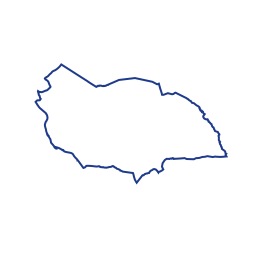 Shai Osudoku, Eastern, Ghana, rotated 216°
{"feature_id": "2480657B66464396810782", "entity_name": "Shai Osudoku", "entity_type": "district", "adm_level": 2, "iso_a3": "GHA", "parent_name": "Ghana", "parent_adm1": "Eastern", "projection": "mercator", "projection_center": [0.159, 5.966], "detail": "fine", "context": "isolated", "style": "outline", "palette": "blue", "viewbox_px": 256, "rotation_deg": 216, "n_neighbors": 0, "source": "geoboundaries", "source_scale": "gbopen_adm2", "svg_char_len": 5436}
<svg xmlns="http://www.w3.org/2000/svg" viewBox="0 0 256 256"><g transform="rotate(216 128 128)"><path d="M220.0,134.5L220.8,132.1L221.1,131.5L221.4,131.2L221.5,130.9L221.7,130.6L222.0,130.0L222.1,129.7L222.3,129.3L222.4,128.7L222.4,127.6L222.7,126.2L222.8,125.9L223.0,124.7L223.0,124.1L223.1,123.7L223.2,122.8L223.4,122.2L224.0,121.1L224.1,120.4L224.3,120.1L224.2,119.8L224.4,119.5L224.3,119.1L223.7,119.0L223.3,118.8L221.8,118.9L221.1,118.9L220.0,118.7L219.3,118.4L218.8,118.1L218.2,117.6L216.8,116.8L216.1,116.4L215.9,116.3L215.3,116.1L215.0,115.9L214.8,115.4L215.3,112.4L215.7,111.0L215.9,110.6L216.6,109.8L218.0,107.5L218.9,106.2L219.3,106.0L219.8,105.8L220.2,105.5L220.9,105.1L221.9,105.0L222.5,105.0L222.4,104.7L221.6,104.2L221.4,103.8L221.1,103.7L220.7,103.6L220.5,103.4L220.2,102.9L219.9,102.6L219.5,102.3L219.1,102.2L218.5,102.1L218.3,101.9L217.5,101.2L216.6,100.5L216.2,100.3L215.7,100.2L215.8,99.5L215.7,99.0L215.7,98.6L216.1,98.2L217.1,97.5L217.7,97.0L218.1,94.8L215.6,93.8L214.7,93.4L214.3,93.3L213.4,93.0L212.3,92.6L210.8,92.3L209.3,92.2L203.1,91.7L202.8,91.5L202.5,91.4L202.2,91.2L201.9,91.2L201.7,91.0L200.9,90.7L200.4,90.2L199.8,89.7L199.1,88.9L198.5,87.8L198.4,87.2L198.3,86.7L198.1,85.4L198.2,85.0L198.1,84.7L198.1,84.4L197.8,83.5L197.4,82.2L197.0,81.6L196.6,81.1L196.3,80.8L196.1,80.6L194.9,79.6L194.0,79.0L192.1,77.2L190.1,75.8L189.8,75.8L189.6,75.7L189.8,75.6L190.0,75.7L189.8,75.5L189.7,75.4L189.5,75.5L189.4,75.5L189.3,75.3L189.2,75.2L188.8,74.9L188.5,75.0L188.4,75.0L188.5,74.8L188.4,74.7L187.2,74.6L185.0,73.5L184.2,73.3L181.6,70.9L178.6,70.2L177.9,70.0L176.7,69.6L176.5,69.4L176.4,69.3L175.6,69.1L174.7,69.2L174.7,69.3L174.0,69.1L173.9,69.2L174.4,69.4L174.7,69.5L174.8,69.4L175.1,69.4L175.3,69.3L175.4,69.7L175.2,69.8L175.6,70.0L172.1,71.2L171.3,71.3L170.8,71.4L170.2,71.4L169.0,71.6L167.9,71.5L167.7,71.6L167.7,72.0L167.4,72.1L167.1,71.9L165.7,71.6L164.0,72.2L159.7,74.2L158.7,74.5L157.9,74.5L157.3,74.5L157.0,74.3L156.5,74.2L155.4,73.7L154.6,73.4L153.7,73.2L153.1,73.1L152.7,73.0L150.8,72.7L150.0,72.4L149.9,72.2L149.8,72.3L149.6,72.3L148.4,72.0L144.4,70.7L142.6,70.1L141.8,69.8L141.5,69.8L141.1,69.6L140.6,69.5L139.7,70.8L139.4,72.9L138.3,73.8L135.4,75.7L130.8,78.3L129.7,79.3L129.5,79.6L128.9,80.1L128.1,80.0L127.9,80.1L127.6,80.4L126.9,80.4L126.3,80.8L126.0,81.1L125.7,81.2L125.2,81.4L124.9,81.8L124.7,81.8L124.4,81.9L123.5,82.3L122.8,82.8L121.9,83.4L121.6,83.9L120.9,84.5L120.4,85.2L119.7,85.9L119.0,86.5L118.7,87.0L118.6,87.3L118.2,88.0L117.5,88.2L117.5,88.4L117.0,88.5L116.5,88.5L116.2,88.4L115.8,88.5L115.4,88.4L115.2,88.4L114.4,88.7L113.4,88.5L112.8,88.6L112.4,88.8L112.1,88.9L111.6,89.0L111.4,89.0L110.8,89.2L109.9,89.3L109.1,89.0L108.7,89.3L106.5,89.7L97.5,94.5L95.5,93.0L94.8,92.3L92.0,90.2L88.8,88.8L88.5,98.2L88.3,98.5L87.6,98.9L87.4,100.4L87.1,100.9L86.8,101.2L86.6,101.8L86.4,102.0L85.8,102.4L85.4,103.1L85.2,103.3L84.9,103.8L84.5,104.1L84.7,104.6L84.6,106.5L84.1,107.5L83.7,108.3L83.5,109.1L82.7,110.2L80.9,110.8L78.9,110.4L77.2,109.8L77.3,110.4L77.2,110.5L77.1,110.9L76.7,111.3L76.2,112.2L75.6,113.5L75.1,115.2L77.8,116.7L79.3,119.9L79.4,123.7L78.6,125.8L76.5,127.2L76.2,127.3L76.0,127.9L75.8,128.2L74.7,128.8L74.6,129.3L74.5,129.6L74.3,129.6L73.9,129.7L73.6,130.1L73.4,130.2L72.9,129.8L71.4,131.1L67.5,134.3L64.5,136.9L62.3,137.4L56.4,141.4L55.2,143.6L52.7,145.7L50.9,148.2L49.1,149.7L47.2,151.9L42.4,154.3L40.6,156.2L40.1,156.4L36.4,158.8L34.3,160.5L31.6,162.9L32.0,163.1L32.5,163.0L32.9,163.1L33.1,163.6L33.4,163.9L33.3,164.9L34.3,164.9L35.1,165.6L35.5,166.0L35.8,166.2L36.9,166.3L39.7,166.3L40.1,166.8L40.6,167.1L40.7,167.4L40.8,167.5L41.1,167.7L41.6,167.7L42.0,167.9L42.8,168.7L43.9,169.0L44.2,169.1L44.9,169.8L45.1,170.1L45.3,170.7L45.8,170.5L46.4,171.3L47.4,171.6L48.8,173.6L49.5,174.4L49.8,174.5L50.2,174.9L50.3,175.2L50.3,175.4L50.1,176.2L50.2,176.4L50.4,176.6L50.7,176.7L51.7,176.9L52.6,177.4L53.1,177.6L54.3,177.1L55.8,176.7L56.1,176.8L56.5,177.1L57.4,177.7L57.8,177.7L58.0,177.9L58.6,178.3L59.0,178.7L59.6,178.7L60.0,178.6L60.3,178.7L60.6,178.7L61.0,178.9L61.5,179.4L62.1,179.7L62.5,179.8L62.8,180.2L63.2,180.1L63.5,180.2L64.1,180.2L64.5,180.3L64.7,180.5L65.4,180.5L65.8,180.6L66.4,180.4L66.7,180.5L66.9,180.8L67.0,181.1L67.4,181.2L67.7,181.2L68.2,181.6L68.5,181.4L68.9,181.7L69.3,181.3L70.4,180.7L71.8,180.5L73.2,180.9L74.1,181.8L74.1,183.4L74.1,184.3L75.6,184.2L76.7,184.9L76.9,185.2L77.2,185.2L77.3,185.2L77.1,185.0L77.6,184.9L77.8,185.0L77.8,184.9L77.9,184.6L78.1,184.8L78.3,185.0L78.5,184.9L78.9,184.7L79.4,184.7L79.6,184.8L79.8,184.8L80.1,185.0L80.4,185.4L80.6,185.3L80.8,185.5L80.9,185.4L81.1,185.5L81.4,185.9L82.0,186.1L82.1,186.6L82.6,186.8L83.9,186.9L85.9,186.6L87.5,186.7L89.3,186.8L89.9,186.5L91.2,186.0L92.8,186.7L94.3,186.4L95.5,186.5L96.2,186.7L96.6,186.5L98.4,186.5L110.3,184.5L110.8,183.8L111.2,182.3L112.2,181.2L116.2,179.6L118.8,175.7L120.0,174.9L121.2,176.0L125.2,178.9L129.1,182.0L130.1,180.5L135.5,179.7L151.7,172.5L163.5,161.6L169.5,151.5L169.4,151.3L170.1,150.6L170.6,149.5L170.8,149.1L171.0,149.0L171.3,148.8L171.4,148.6L171.5,148.5L171.5,148.3L171.9,148.0L172.0,147.9L172.3,147.8L172.4,147.6L172.6,147.6L172.8,147.3L173.1,147.1L173.5,146.8L174.8,146.4L175.1,146.2L175.4,146.0L175.6,145.6L175.9,145.6L176.1,145.2L176.3,145.0L176.6,144.9L177.1,144.5L177.2,144.0L177.3,143.9L177.2,143.7L177.3,143.6L177.7,143.2L177.9,142.6L185.3,142.1L189.1,142.0L196.9,141.5L219.3,140.2L219.4,137.4L220.0,134.5Z" fill="none" stroke="#1e3a8a" stroke-width="2"/></g></svg>